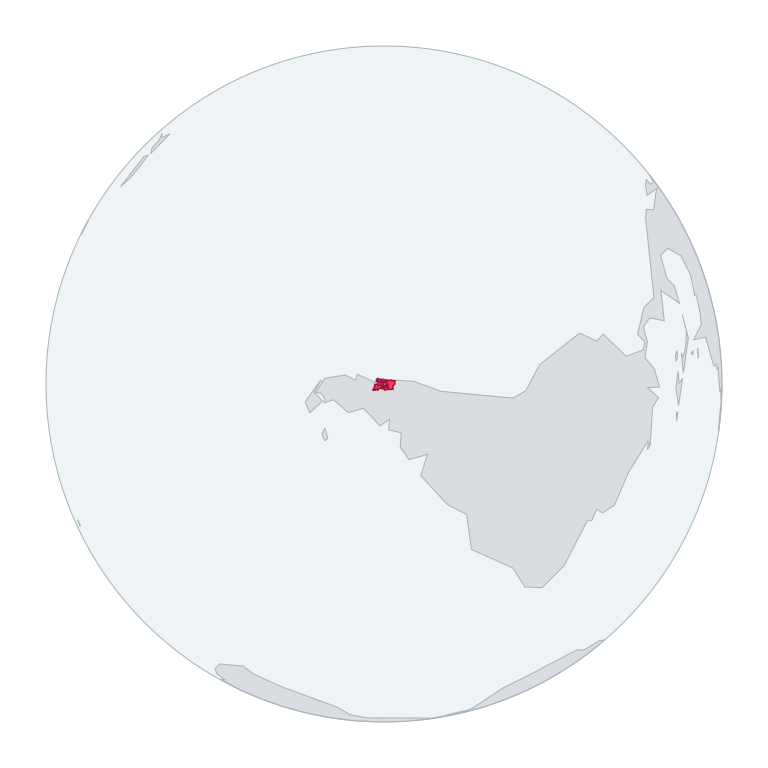 globe centered on Los Lagos, rotated 89°
{"feature_id": "CHL-2704", "entity_name": "Los Lagos", "entity_type": "Region", "adm_level": 1, "iso_a3": "CHL", "parent_name": "Chile", "parent_adm1": "", "projection": "orthographic", "projection_center": [-73.115, -42.159], "detail": "fine", "context": "on_globe", "style": "filled", "palette": "rose", "viewbox_px": 768, "rotation_deg": 89, "n_neighbors": 0, "source": "natural_earth", "source_scale": "10m", "svg_char_len": 8118}
<svg xmlns="http://www.w3.org/2000/svg" viewBox="0 0 768 768"><g transform="rotate(89 384 384)"><circle cx="384" cy="384" r="338" fill="#eef3f6" stroke="#a8b0b8"/><path d="M396.9,46.3L392.1,46.2L400.7,46.5L417.3,47.7L419.1,48.0L424.7,48.7L431.3,49.5L434.3,49.8L438.1,50.5L417.0,48.5L413.2,47.9L419.9,48.2L408.8,47.3L394.6,47.4L397.9,48.3L373.0,49.8L375.0,50.8L370.7,52.1L369.2,50.2L371.5,54.0L342.8,61.8L345.3,73.8L330.2,65.8L317.0,66.9L301.1,70.1L301.2,71.8L280.1,75.6L260.7,85.2L253.2,98.0L260.1,105.2L283.6,99.2L290.9,91.9L308.3,87.3L295.4,105.5L325.7,102.7L322.5,117.1L331.3,123.6L346.5,120.0L362.3,122.6L373.6,113.4L391.8,108.6L392.3,120.6L402.3,109.8L412.5,116.0L448.7,118.8L445.9,121.2L476.5,141.1L509.1,155.6L516.7,167.9L512.9,173.4L524.1,178.6L524.3,183.1L568.5,206.9L590.5,229.6L589.4,246.6L570.2,258.4L550.9,299.5L515.8,303.6L505.7,322.7L476.2,348.9L455.1,341.7L460.0,360.3L447.3,368.9L433.2,367.5L429.9,380.1L419.4,379.2L425.8,388.8L408.0,404.8L412.0,420.3L398.8,434.7L401.9,444.3L397.2,443.7L392.1,447.1L391.3,452.5L377.4,443.4L374.3,422.5L379.9,412.2L373.8,410.6L385.7,385.3L378.8,390.3L381.8,354.5L392.3,326.9L400.4,255.5L393.3,242.4L367.5,228.2L336.5,187.5L344.9,170.6L338.0,164.0L360.4,141.4L354.5,124.2L346.5,122.5L338.7,129.6L311.7,122.7L302.4,112.6L221.7,119.6L213.9,118.5L214.7,111.5L193.1,108.0L200.0,117.4L190.6,119.2L184.1,118.1L189.1,114.0L186.6,111.1L178.9,115.6L179.8,114.8L200.9,100.0L223.1,86.8L246.2,75.4L270.2,65.8L294.8,58.1L319.9,52.2L345.4,48.3L371.1,46.3L396.9,46.3ZM343.4,78.9L378.1,84.5L358.3,86.3L362.1,84.6L353.3,81.9L336.9,80.6L319.6,84.6L343.4,78.9ZM359.2,69.8L353.2,69.7L359.1,69.2L359.2,69.8ZM400.5,463.1L378.5,446.7L390.9,453.9L400.0,445.9L411.4,458.7L400.5,463.1ZM427.1,443.9L437.4,441.1L439.7,444.2L433.1,446.9L427.1,443.9ZM686.3,535.1L686.6,534.4L676.3,552.3L677.1,548.0L670.6,556.4L665.6,557.8L661.0,553.0L663.6,529.5L671.5,520.0L684.7,492.2L706.4,436.0L714.0,423.7L717.5,407.0L718.5,357.0L718.9,342.6L717.1,330.2L714.8,322.3L711.9,307.6L709.7,301.4L689.7,269.9L678.6,246.3L653.3,196.0L653.3,188.6L644.4,173.4L643.7,167.8L658.7,187.1L672.2,207.5L684.2,228.8L694.6,250.9L703.4,273.7L710.6,297.1L716.0,320.9L719.7,345.1L721.6,369.5L721.8,393.9L720.2,418.3L716.8,442.5L711.7,466.4L704.9,489.9L696.4,512.8L686.3,535.1ZM449.8,118.8L454.2,121.8L448.4,121.0L449.8,118.8ZM355.5,90.4L362.9,90.2L366.7,91.5L361.0,92.3L355.5,90.4ZM417.6,90.6L426.0,92.1L417.2,92.2L417.6,90.6ZM383.6,85.4L410.8,89.9L393.6,92.2L376.5,89.9L388.4,89.0L383.6,85.4ZM355.6,74.4L360.2,74.7L358.8,76.3L355.6,74.4ZM363.5,69.5L361.7,69.7L359.5,68.8L363.5,69.5ZM420.3,48.1L422.2,48.3L428.8,49.1L425.8,48.8L420.3,48.1ZM521.4,690.2L514.3,692.8L518.8,690.5L521.4,690.2ZM152.3,620.0L151.4,616.0L161.1,623.6L173.2,633.8L181.9,643.8L152.3,620.0ZM223.9,681.6L215.0,676.6L222.3,680.2L229.3,684.0L227.1,683.3L223.9,681.6ZM144.1,611.9L135.4,604.1L129.2,601.4L133.7,601.8L130.2,593.7L149.4,613.1L144.1,611.9Z" fill="#d9dde1" stroke="#a8b0b8" stroke-width="1"/><path d="M389.8,383.0L390.0,383.3L390.0,383.6L389.7,383.9L389.4,384.0L389.2,384.1L389.0,383.8L388.8,383.8L388.7,383.9L388.6,384.3L388.3,384.6L388.3,384.8L388.6,385.3L388.5,385.6L388.7,385.9L388.3,386.2L388.2,386.4L388.2,386.6L388.3,386.8L388.2,387.0L388.3,387.3L388.3,388.2L388.2,389.0L388.6,389.6L388.8,389.7L389.4,389.8L389.9,390.0L389.9,390.7L389.8,390.8L389.6,390.8L389.2,390.9L389.2,391.2L389.0,391.3L389.0,391.5L389.3,391.7L389.4,391.9L389.3,392.1L389.6,392.2L390.0,392.6L390.0,393.0L389.6,393.3L389.5,393.5L389.8,393.6L389.8,393.9L389.9,394.0L390.2,394.5L389.8,395.2L389.6,394.9L388.9,394.7L388.3,394.6L388.1,394.5L387.9,394.1L387.6,393.9L387.6,393.7L387.3,393.3L387.0,393.3L386.6,393.5L386.4,393.6L385.5,393.2L385.2,392.7L385.1,392.8L385.0,393.1L384.8,393.0L384.3,393.3L384.3,393.2L384.5,392.9L384.6,392.6L384.9,392.5L384.8,392.4L384.4,392.4L384.0,391.7L384.1,391.2L384.1,390.8L384.3,390.7L384.9,390.3L384.9,390.1L384.8,389.5L385.1,389.1L385.3,389.0L385.4,389.3L385.6,389.4L385.5,389.0L385.6,388.4L385.2,388.0L385.1,387.5L385.1,387.2L385.3,387.0L385.1,386.7L385.1,386.3L385.3,386.0L385.6,386.0L385.9,386.0L386.3,386.4L386.5,386.4L386.4,386.2L385.9,385.9L385.7,385.6L385.7,385.4L385.4,384.9L385.2,384.9L385.2,384.7L385.3,384.5L386.3,384.1L386.4,384.3L386.9,385.7L387.0,385.8L387.0,385.7L386.9,385.2L386.8,384.8L386.8,384.7L387.1,384.5L386.9,384.5L386.8,384.2L387.0,383.9L386.7,383.8L386.7,383.5L386.9,382.9L386.6,382.8L386.3,383.3L386.2,383.3L386.1,383.1L385.9,383.1L385.7,383.1L385.3,382.9L385.2,382.7L385.3,382.3L385.3,382.2L386.1,381.4L386.4,381.5L386.6,381.4L387.1,381.3L387.4,381.0L387.6,381.0L387.4,380.8L387.5,380.4L387.5,380.0L387.6,379.6L387.6,379.4L387.4,379.4L387.4,379.5L387.5,379.6L387.4,379.9L387.3,380.7L387.1,381.1L386.3,381.4L386.0,381.2L385.9,380.8L385.7,380.7L385.6,380.4L385.2,380.1L384.7,380.0L384.4,380.2L384.3,380.3L384.0,380.6L384.1,380.8L384.2,381.1L384.2,381.3L383.9,381.6L383.7,381.6L383.6,381.8L382.6,381.8L382.3,381.9L381.6,381.6L381.2,381.6L381.3,381.5L381.4,381.2L381.4,380.9L381.6,380.8L382.1,380.8L382.3,380.2L382.0,380.7L381.8,380.7L381.6,380.6L381.4,380.6L381.1,380.5L380.9,380.4L381.0,380.3L380.8,379.9L380.7,379.7L380.8,379.1L380.7,378.8L380.4,378.1L380.4,377.9L380.4,377.7L380.3,377.0L380.7,376.7L380.5,376.4L380.6,376.1L380.7,375.8L380.9,375.4L380.7,375.2L380.8,375.1L381.1,374.9L381.3,374.5L381.0,373.8L381.1,373.6L381.1,372.9L381.5,373.0L382.5,373.0L383.6,373.4L384.2,373.3L384.5,373.4L384.7,373.6L384.9,374.2L385.0,374.3L385.8,374.9L386.2,375.1L386.6,375.2L387.8,375.2L388.9,375.1L389.5,374.8L389.6,374.6L389.6,374.9L389.2,375.6L389.4,376.3L389.6,376.8L389.6,377.2L389.6,377.7L389.5,378.2L389.4,378.3L389.5,378.7L389.4,379.4L389.5,379.8L389.4,380.2L389.6,380.6L389.2,380.9L389.2,381.1L389.5,381.4L389.5,381.8L389.8,382.3L389.9,382.7L389.8,383.0ZM378.8,390.7L378.6,390.7L378.4,390.4L378.6,390.3L378.7,389.9L378.8,389.8L378.9,389.7L378.7,389.6L378.8,389.4L379.0,389.4L379.2,389.1L379.1,388.9L379.3,388.8L379.2,388.5L379.4,388.4L379.5,388.3L379.5,388.0L379.4,388.0L379.5,387.8L379.4,387.6L379.5,387.5L379.5,387.3L379.6,387.2L379.6,386.9L379.5,386.5L379.4,386.2L379.4,385.9L379.3,385.6L379.5,385.0L379.4,384.7L379.9,383.9L379.8,383.6L379.9,383.4L379.9,382.8L380.1,382.5L380.1,382.4L380.0,382.2L379.9,382.2L379.8,381.9L379.9,381.7L380.3,382.0L380.4,381.8L380.5,381.8L380.6,382.2L380.2,382.0L380.2,382.3L380.7,382.4L380.8,382.4L380.9,382.2L381.1,382.5L381.1,382.2L381.5,381.9L381.7,382.1L381.8,381.9L382.0,381.9L382.1,382.1L382.3,382.2L382.1,382.3L382.2,382.5L382.2,382.9L382.3,383.2L382.5,383.3L382.5,383.5L382.3,383.8L382.8,384.2L382.8,384.3L382.9,384.5L382.8,384.9L382.6,384.8L382.3,385.0L381.9,385.0L381.6,385.2L381.5,385.3L381.6,385.5L381.6,385.9L381.8,386.1L381.4,386.2L381.2,386.2L381.2,385.8L380.9,386.1L381.0,386.3L381.0,386.5L381.3,387.0L381.5,387.0L381.8,387.4L382.3,387.7L382.4,387.9L382.4,388.2L382.0,388.3L381.9,388.2L381.8,388.3L381.4,388.2L381.7,388.4L381.7,388.6L381.8,388.6L382.0,388.8L382.2,389.3L382.0,389.2L381.9,389.2L381.9,389.3L382.0,389.3L382.4,389.6L382.2,389.7L381.4,389.8L381.3,389.6L381.2,389.7L381.3,390.0L381.3,390.3L381.6,390.7L381.6,390.8L381.4,390.8L381.6,391.0L381.4,391.3L381.1,391.1L381.1,391.4L380.9,391.3L380.9,391.5L380.7,391.5L380.5,391.1L380.3,391.2L380.2,391.3L380.1,391.1L379.9,391.2L379.8,391.4L379.6,391.1L378.9,390.9L378.8,390.7ZM382.7,386.2L382.7,386.4L382.4,386.0L381.8,385.7L381.7,385.3L382.1,385.3L382.2,385.6L382.7,386.2ZM386.6,384.0L386.2,383.7L386.3,383.5L386.4,383.4L386.6,383.4L386.7,383.5L386.7,383.9L386.6,384.0ZM381.9,388.6L382.0,388.5L382.7,388.7L382.9,388.9L382.6,388.9L382.3,388.7L381.9,388.6ZM381.9,386.5L381.9,386.8L381.6,386.7L381.4,386.8L381.2,386.6L381.6,386.5L381.8,386.4L381.9,386.5ZM384.1,382.1L384.1,381.6L384.5,382.1L384.3,382.2L384.1,382.1ZM384.4,387.2L384.5,387.2L384.6,387.4L384.8,387.3L384.8,387.7L384.7,387.8L384.4,387.3L384.4,387.2ZM384.0,384.5L384.2,384.8L383.9,384.9L383.7,384.7L383.9,384.7L384.0,384.5ZM381.4,390.0L381.7,390.1L381.7,390.3L381.4,390.2L381.4,390.0ZM383.0,386.7L383.5,386.8L383.2,386.9L383.0,386.7ZM379.1,391.1L379.1,391.3L379.1,391.5L379.0,391.1L379.1,391.1Z" fill="#f43f5e" stroke="#9f1239" stroke-width="1.5"/></g></svg>